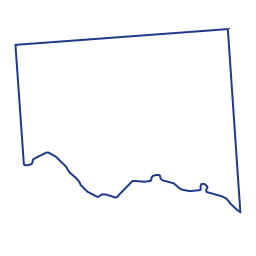 Wichita, Texas, United States of America (Mercator projection), rotated 176°
{"feature_id": "52423323B53531362245787", "entity_name": "Wichita", "entity_type": "district", "adm_level": 2, "iso_a3": "USA", "parent_name": "United States of America", "parent_adm1": "Texas", "projection": "mercator", "projection_center": [-98.689, 34.023], "detail": "fine", "context": "isolated", "style": "outline", "palette": "blue", "viewbox_px": 256, "rotation_deg": 176, "n_neighbors": 0, "source": "geoboundaries", "source_scale": "gbopen_adm2", "svg_char_len": 1058}
<svg xmlns="http://www.w3.org/2000/svg" viewBox="0 0 256 256"><g transform="rotate(176 128 128)"><path d="M234.3,218.8L234.5,215.0L234.4,98.9L233.6,98.3L232.3,97.9L230.8,97.9L227.6,98.5L226.5,99.1L226.2,99.6L225.4,101.0L225.3,102.2L225.1,102.8L224.0,103.8L213.6,108.2L210.8,109.2L209.1,109.1L201.9,104.3L192.2,93.4L191.3,91.0L189.0,87.3L183.1,81.5L180.0,77.2L179.4,74.8L174.5,69.0L172.6,67.1L163.5,61.5L161.8,61.7L159.8,63.0L159.3,63.2L158.6,63.5L156.7,63.5L154.7,63.2L149.0,61.0L146.0,59.6L144.1,59.6L143.1,60.3L141.0,62.6L127.2,74.8L124.6,74.6L116.7,73.5L116.2,73.2L109.4,73.6L109.0,73.8L108.4,74.7L108.3,75.9L107.4,77.6L106.4,78.5L103.4,79.1L100.3,79.0L99.3,77.9L99.3,76.9L98.9,75.2L98.4,74.5L96.9,73.3L86.3,69.7L80.3,63.8L77.8,62.5L70.5,60.7L60.7,61.0L60.0,61.3L59.8,62.0L59.6,65.3L58.9,66.7L57.9,67.1L55.7,66.8L53.6,64.9L53.0,63.9L52.9,63.2L54.0,61.6L54.4,60.3L54.3,59.4L53.8,58.6L39.1,53.3L35.5,51.2L34.6,50.4L33.6,49.2L31.8,46.7L31.6,45.9L26.7,40.6L22.6,36.7L21.8,36.3L21.5,219.7L234.3,218.8Z" fill="none" stroke="#1e3a8a" stroke-width="2"/></g></svg>